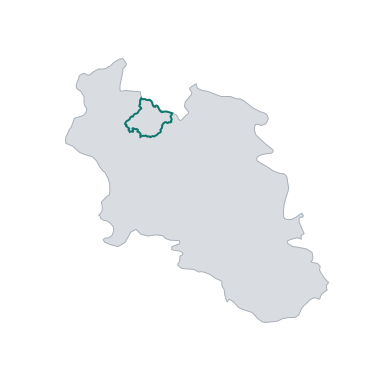 Republic of Serbia, with Toplicki highlighted, rotated 166°
{"feature_id": "SRB-835", "entity_name": "Toplicki", "entity_type": "District", "adm_level": 1, "iso_a3": "SRB", "parent_name": "Republic of Serbia", "parent_adm1": "", "projection": "mercator", "projection_center": [21.443, 43.114], "detail": "fine", "context": "in_parent", "style": "outline", "palette": "teal", "viewbox_px": 384, "rotation_deg": 166, "n_neighbors": 0, "source": "natural_earth", "source_scale": "10m", "svg_char_len": 7734}
<svg xmlns="http://www.w3.org/2000/svg" viewBox="0 0 384 384"><g transform="rotate(166 192 192)"><path d="M216.2,147.9L224.9,150.6L228.8,153.2L230.9,156.6L236.5,158.9L245.5,160.0L251.8,163.4L255.4,169.3L261.1,167.9L269.1,159.2L277.0,156.9L284.7,161.1L288.9,164.5L289.7,167.2L287.9,168.3L283.6,167.8L280.0,169.4L277.3,173.2L276.8,177.3L278.8,181.6L281.5,184.5L285.0,186.2L286.9,188.4L287.2,191.3L288.1,192.0L286.1,193.4L283.9,195.3L282.7,198.7L282.3,204.2L275.5,208.4L272.9,209.2L271.7,212.0L269.9,220.0L270.2,226.0L271.1,229.0L271.5,231.5L273.7,234.6L275.7,239.2L277.1,245.4L280.0,250.1L287.7,254.8L291.4,257.5L294.2,261.4L296.4,265.0L302.6,269.7L302.2,273.1L300.8,276.4L299.3,277.9L296.2,282.1L293.2,284.5L288.2,292.0L280.2,292.4L278.3,292.9L275.4,295.0L273.9,298.7L275.3,301.7L275.2,304.7L273.7,310.5L275.6,316.7L278.4,319.6L278.9,321.2L278.4,324.2L274.2,330.1L273.0,332.3L268.8,333.4L267.4,332.8L265.2,330.8L263.2,330.2L258.2,332.6L253.2,334.0L249.2,332.9L245.3,332.8L242.5,333.8L240.5,334.1L236.5,336.7L230.0,338.5L227.0,338.2L225.9,335.8L224.7,332.3L225.3,330.8L229.5,328.0L230.0,325.5L236.0,313.0L237.1,308.9L237.2,307.6L235.6,306.7L232.3,306.7L217.8,301.6L218.5,295.8L214.2,292.6L209.6,289.8L208.8,286.7L203.7,280.3L200.0,276.8L195.2,275.0L191.1,272.4L188.6,270.8L187.5,267.8L187.5,266.0L186.3,264.3L184.3,264.5L180.9,266.9L176.8,268.9L176.0,270.4L177.5,273.9L178.6,276.2L178.1,278.3L176.8,281.0L168.9,286.9L168.0,289.0L169.5,292.3L168.5,293.9L161.9,296.0L162.0,294.2L161.6,291.3L157.8,288.2L152.4,285.8L140.5,277.5L135.9,276.4L131.7,275.4L125.9,271.5L122.8,270.8L119.5,267.9L112.1,258.3L105.9,253.1L101.7,250.5L100.5,247.9L100.2,245.2L100.4,244.3L103.6,240.5L106.1,240.0L109.2,239.9L111.3,241.8L114.1,242.2L115.6,239.7L116.5,236.2L116.1,231.7L109.4,221.3L103.7,214.0L103.1,212.4L104.3,211.0L106.3,210.3L108.4,210.9L114.0,211.4L119.4,210.7L121.2,208.9L121.2,206.5L119.2,204.3L113.0,198.3L108.1,192.9L102.4,188.9L98.1,187.2L96.8,185.1L96.3,182.9L96.8,178.8L97.1,173.6L98.1,170.4L101.9,164.2L105.6,157.7L107.9,151.3L109.1,145.5L108.6,143.8L106.7,142.5L102.6,141.3L97.0,142.4L92.2,144.5L90.4,144.7L89.7,142.0L90.5,140.9L92.0,141.0L93.2,141.5L94.5,140.3L95.3,136.8L93.3,124.4L96.9,123.3L97.0,121.5L97.3,119.9L101.0,122.1L106.2,122.1L110.7,121.7L111.4,120.5L111.4,118.7L110.4,117.3L108.8,116.2L107.6,114.5L104.6,113.7L95.0,109.2L90.2,104.5L90.4,99.4L91.8,96.6L93.4,95.7L92.9,94.7L87.5,92.4L85.6,89.1L87.2,84.9L84.3,76.4L81.4,71.1L84.3,68.8L84.7,65.6L84.9,63.7L86.1,63.8L90.8,61.6L92.5,59.8L93.5,57.8L94.6,57.2L97.8,59.5L101.1,59.7L104.8,58.3L107.6,56.3L111.0,54.7L112.5,53.5L114.4,51.8L118.4,46.5L122.8,45.5L128.7,46.8L135.1,47.2L139.9,46.0L152.1,47.6L154.7,48.8L156.4,50.1L159.6,54.6L162.6,60.4L166.9,63.1L171.9,66.2L174.5,68.5L178.4,75.4L181.4,78.8L182.4,78.7L183.4,77.8L184.1,77.1L184.9,77.7L184.9,79.8L185.1,84.4L184.4,89.4L185.5,94.0L185.5,95.5L184.8,96.8L184.8,98.0L185.9,99.3L190.0,102.3L193.8,107.1L198.2,110.4L202.3,112.5L204.8,112.7L209.0,116.5L217.3,119.2L220.0,120.2L221.8,121.8L223.1,123.6L223.2,125.5L221.9,126.5L220.2,129.1L219.4,132.3L218.1,133.1L216.8,133.2L215.8,134.1L216.0,135.5L217.1,136.8L218.8,138.0L222.2,139.2L225.4,140.9L225.4,142.3L224.7,143.8L220.6,144.3L217.5,144.6L216.1,145.2L216.2,147.9Z" fill="#d9dde1" stroke="#a8b0b8" stroke-width="1"/><path d="M196.6,275.9L192.2,273.3L192.4,273.1L192.7,272.5L193.0,272.1L193.2,271.7L193.3,271.6L193.5,271.5L193.9,271.3L194.0,271.2L194.5,270.6L194.6,270.4L194.4,270.1L194.4,269.9L194.4,269.7L194.3,268.8L194.2,268.2L194.1,267.8L194.2,267.4L194.2,267.2L194.3,267.0L194.8,266.5L195.1,266.1L195.2,265.9L195.1,265.5L195.1,265.3L195.1,265.2L195.4,265.0L195.9,264.9L196.1,264.8L196.3,264.8L196.7,265.1L197.0,265.2L197.4,265.3L197.6,265.3L197.8,265.2L198.2,265.1L198.6,264.8L198.8,264.8L199.3,265.0L199.6,265.2L199.7,265.3L199.8,265.4L199.9,265.7L200.0,265.8L200.5,266.1L200.8,266.2L201.2,266.2L201.4,266.2L201.6,266.2L202.0,266.0L202.4,265.9L202.6,265.7L202.9,265.5L203.2,265.3L203.5,265.2L203.9,265.0L204.0,264.9L204.2,264.6L204.3,264.3L204.4,264.2L204.6,264.1L204.8,264.0L204.9,263.9L205.0,263.8L205.0,263.6L205.0,263.0L205.0,262.9L205.1,262.7L205.4,262.4L205.5,262.2L205.6,261.6L205.8,261.4L205.9,261.2L206.4,260.9L206.8,260.5L207.2,260.3L207.3,260.2L207.5,260.0L207.5,259.8L207.6,259.7L207.6,259.3L207.6,259.2L207.5,258.8L207.5,258.6L207.5,258.4L207.6,258.2L207.9,257.9L208.1,257.8L208.2,257.7L208.3,257.6L208.8,257.4L209.5,257.2L210.1,257.1L210.3,257.1L211.3,256.5L212.4,255.9L212.6,255.8L212.8,255.7L213.1,255.6L213.9,255.5L214.1,255.5L214.3,255.5L214.5,255.4L214.8,255.2L215.1,255.1L215.3,255.1L216.0,255.4L216.3,255.5L216.7,255.7L216.9,255.8L217.0,255.8L217.5,255.7L217.8,255.6L218.3,255.6L218.5,255.6L218.5,255.4L218.8,255.3L219.0,255.3L219.3,255.3L219.5,255.5L219.8,256.0L220.0,256.2L220.1,256.3L220.4,256.4L220.8,256.6L221.0,256.6L221.5,256.6L222.0,256.5L222.6,257.3L222.9,257.8L223.0,257.9L223.1,258.0L223.3,258.0L223.8,257.9L224.2,257.9L224.4,257.9L224.5,257.9L225.1,258.1L225.7,258.3L225.8,258.4L226.2,258.4L226.8,258.4L227.2,258.4L227.4,258.3L227.8,258.2L228.7,257.9L228.6,258.9L228.6,259.0L228.4,259.4L228.3,259.8L228.1,260.0L227.9,260.3L227.8,260.5L227.9,260.8L228.1,261.1L228.3,261.5L228.3,261.8L228.4,262.0L228.7,262.3L228.8,262.6L228.9,262.9L228.9,263.0L229.1,263.2L229.3,263.3L229.9,263.5L230.1,263.5L230.3,263.7L230.4,263.9L230.4,264.0L230.2,264.2L229.9,264.5L229.7,264.9L229.6,265.0L229.6,265.3L229.6,265.5L229.8,265.9L229.9,266.0L230.0,266.1L230.2,266.3L230.4,266.4L230.6,266.5L230.8,266.5L231.6,266.6L231.8,266.7L231.9,266.8L232.1,266.9L232.3,267.1L232.5,267.2L233.0,267.6L233.6,268.0L233.8,268.2L234.0,268.2L234.3,268.0L234.4,267.9L234.4,267.7L234.4,267.4L234.3,267.0L234.2,266.9L234.2,266.7L234.3,266.1L234.4,265.5L234.4,265.3L234.4,265.2L234.5,265.1L234.7,264.8L234.8,264.7L235.0,264.7L235.1,264.8L235.3,264.9L235.4,265.0L235.5,265.2L235.6,265.3L235.9,265.5L236.0,265.5L236.4,265.4L236.5,265.4L237.2,265.6L237.3,265.6L237.5,265.6L237.9,265.4L238.1,266.5L238.3,266.8L238.6,267.2L238.6,267.4L238.6,267.5L238.3,267.8L237.9,268.1L237.7,268.3L237.6,268.5L237.6,268.8L237.7,269.0L238.0,269.4L238.3,269.7L238.4,269.9L239.0,270.5L239.5,271.4L239.9,271.8L240.0,272.0L239.9,272.1L239.8,272.3L239.5,272.5L239.4,272.5L239.3,272.8L239.4,273.1L239.5,273.2L239.7,273.3L239.8,273.4L240.0,273.4L240.3,273.9L240.4,274.1L240.5,274.3L240.4,274.5L240.1,274.9L239.7,275.3L239.4,275.6L238.4,276.5L238.2,276.6L237.6,276.8L237.4,276.8L236.9,276.9L236.6,277.0L236.2,277.1L235.6,277.4L235.0,277.8L234.8,277.9L234.6,278.2L234.3,278.6L234.0,278.8L233.7,279.1L233.5,279.3L233.5,279.5L233.0,279.6L232.5,279.8L232.3,279.9L232.2,279.9L231.6,279.6L231.4,279.5L231.1,279.5L230.9,279.6L230.7,279.8L230.5,280.3L230.4,280.4L230.3,280.5L230.1,280.7L229.7,281.0L229.2,281.4L229.0,281.5L228.9,281.5L228.6,281.6L228.4,281.6L226.6,281.6L226.4,281.6L226.2,281.7L225.9,281.8L225.7,281.9L225.6,282.0L225.0,282.4L224.9,282.5L224.5,283.1L224.3,283.3L224.0,283.6L223.8,283.8L222.3,284.7L221.9,284.9L221.2,285.2L221.1,285.3L221.0,285.5L221.2,286.1L221.4,286.5L221.5,286.6L221.7,286.9L221.8,287.0L221.9,287.4L222.0,287.5L222.2,288.0L222.3,288.1L222.3,288.3L222.2,288.5L222.0,288.8L221.9,289.0L221.7,289.2L221.7,289.3L221.3,289.5L221.1,289.6L221.0,289.8L220.9,289.9L220.9,290.0L220.9,290.4L220.9,290.6L220.9,291.0L220.9,291.4L220.9,291.6L220.4,292.2L220.4,292.4L220.3,292.5L220.3,292.9L220.3,293.1L220.1,293.7L220.0,293.8L218.8,295.0L218.8,294.6L218.3,294.1L217.2,294.0L215.5,293.6L214.9,293.3L213.9,292.4L213.3,292.1L212.7,291.9L211.4,291.9L210.9,291.8L209.4,290.0L209.0,287.7L209.0,285.4L208.1,283.8L207.2,283.6L206.5,284.2L205.8,284.6L204.8,284.0L204.4,283.1L203.6,279.2L202.7,277.5L201.9,276.8L198.3,276.6L197.2,276.2L196.6,275.9Z" fill="none" stroke="#0f766e" stroke-width="2"/></g></svg>